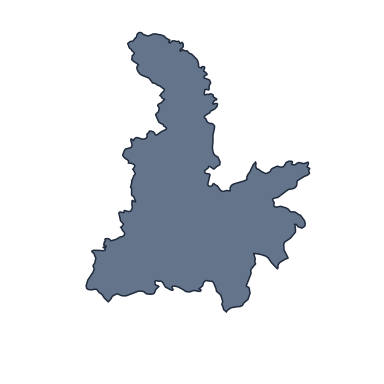 Jharkhand, Natural Earth projection, rotated 293°
{"feature_id": "IND-3256", "entity_name": "Jharkhand", "entity_type": "State", "adm_level": 1, "iso_a3": "IND", "parent_name": "India", "parent_adm1": "", "projection": "natural_earth1", "projection_center": [85.779, 23.655], "detail": "fine", "context": "isolated", "style": "filled", "palette": "slate", "viewbox_px": 384, "rotation_deg": 293, "n_neighbors": 0, "source": "natural_earth", "source_scale": "10m", "svg_char_len": 6073}
<svg xmlns="http://www.w3.org/2000/svg" viewBox="0 0 384 384"><g transform="rotate(293 192 192)"><path d="M58.2,157.9L60.0,153.0L62.6,149.0L63.2,145.7L65.1,142.4L64.8,141.1L62.5,137.4L61.7,134.5L62.1,132.8L64.2,131.2L70.2,130.5L79.4,132.2L82.5,132.1L83.6,131.7L84.8,130.1L86.0,129.7L88.4,130.2L93.6,129.3L94.5,128.5L95.2,127.3L96.8,126.3L97.9,123.3L98.5,122.9L99.8,124.0L101.6,128.3L103.5,133.8L104.8,134.8L105.7,134.3L106.4,131.9L107.1,132.3L107.4,134.1L108.3,134.3L108.8,133.4L108.8,131.4L109.1,131.2L110.4,131.2L111.7,130.8L113.0,131.4L114.0,130.5L115.1,130.5L116.2,132.5L116.3,134.7L115.5,136.1L115.6,136.7L118.6,140.5L122.6,143.5L123.8,145.3L125.6,146.5L127.6,146.2L128.8,144.9L129.4,143.1L130.8,141.7L131.7,140.1L133.1,141.1L135.7,141.5L137.5,137.5L144.0,132.9L144.9,133.0L145.6,133.7L146.1,137.0L146.7,137.3L148.1,136.9L148.6,137.1L149.3,141.6L150.5,143.0L153.5,143.3L154.7,143.0L156.7,141.7L160.5,140.2L160.9,140.3L161.0,140.9L160.6,143.3L161.0,143.8L161.5,143.6L165.1,140.0L165.2,138.2L165.8,137.5L171.7,135.0L172.3,133.6L177.8,132.7L178.8,132.0L181.6,132.3L184.1,132.0L186.1,132.7L186.7,132.6L188.4,130.7L189.5,129.5L189.7,128.6L192.2,129.2L193.6,129.2L194.3,128.6L194.7,127.8L194.7,125.2L193.8,122.2L195.7,121.5L196.5,119.9L196.7,117.8L197.3,115.9L198.7,113.9L199.6,113.7L204.5,113.6L205.6,114.1L209.3,118.7L212.1,118.4L215.5,115.6L216.8,115.1L217.2,115.8L216.4,117.8L219.2,118.5L220.2,119.3L220.8,120.6L221.3,125.9L222.5,127.8L223.5,128.7L224.7,129.0L225.7,128.9L227.6,127.9L229.8,128.9L231.5,129.1L232.0,130.4L232.3,132.7L231.9,134.0L230.4,135.9L230.7,137.3L235.3,140.0L238.9,143.1L240.2,143.9L240.8,143.7L241.5,142.3L241.6,140.3L242.9,139.0L242.9,136.5L243.4,134.1L248.8,128.4L250.0,128.4L252.5,129.7L255.6,129.3L257.1,128.4L257.7,127.0L258.7,126.5L260.3,127.2L262.1,128.9L266.6,130.5L266.7,128.1L268.1,125.8L268.2,124.8L270.8,125.3L273.8,126.6L275.5,126.5L276.0,125.9L276.1,124.4L277.1,120.9L276.9,118.7L277.6,115.4L277.0,113.1L280.0,108.0L279.9,99.6L280.5,97.4L281.8,95.3L283.8,93.2L285.7,92.4L288.3,93.0L289.5,87.0L290.0,85.3L290.7,84.6L292.7,84.3L293.8,83.7L296.8,84.8L297.7,84.3L298.5,81.5L299.6,80.4L299.8,78.9L300.5,77.6L303.6,74.8L306.3,76.2L308.0,78.8L311.5,79.6L312.8,80.3L315.4,79.9L316.8,80.1L318.0,80.9L318.8,82.5L318.8,83.5L318.0,85.4L318.4,90.7L322.4,94.6L323.3,96.9L324.4,101.8L324.7,105.1L323.5,108.0L323.1,112.3L322.3,112.4L321.3,111.8L320.8,112.0L320.5,112.6L320.9,113.9L323.3,114.7L324.3,116.8L324.5,119.0L325.5,120.7L325.5,121.3L324.2,122.5L324.0,123.2L325.8,124.2L325.1,125.8L322.8,127.1L321.3,127.0L318.9,125.7L318.1,125.5L317.1,126.1L317.6,126.9L319.3,127.8L319.2,130.3L320.0,132.6L318.6,135.2L318.8,137.2L318.6,138.3L316.1,144.3L315.4,145.5L313.7,147.0L312.2,148.1L310.2,148.9L309.7,149.5L309.8,152.1L311.0,152.1L311.4,152.4L312.0,153.7L311.9,154.7L311.3,155.2L308.0,155.3L307.3,158.2L306.7,159.5L306.2,159.9L305.5,159.8L303.5,158.0L302.3,158.1L301.8,158.5L302.0,163.9L301.8,164.5L300.0,166.4L299.4,166.6L296.5,166.2L293.0,167.7L292.4,167.3L292.0,164.8L291.3,163.8L287.0,165.0L286.4,165.9L287.9,167.8L288.2,169.2L289.4,170.2L289.9,172.0L289.4,173.7L287.9,174.4L287.3,178.3L286.4,178.6L285.2,177.0L281.7,176.4L281.2,177.1L281.4,177.6L282.8,179.2L283.2,180.2L283.0,181.1L280.9,181.6L277.9,180.8L275.4,179.1L274.1,177.7L272.0,177.4L267.7,174.4L266.0,173.9L265.2,174.7L264.7,176.3L263.0,177.9L262.3,179.3L262.0,181.0L262.8,183.5L262.5,185.3L261.4,187.1L259.3,187.8L252.4,189.1L246.3,191.7L241.4,193.2L238.6,194.7L236.8,196.0L234.9,198.1L234.2,202.3L230.5,206.2L227.9,206.9L225.3,204.9L221.9,203.4L221.6,202.9L222.4,198.8L222.1,197.4L220.3,197.4L216.8,195.4L215.4,195.8L214.6,196.9L214.6,197.8L215.4,200.9L214.8,201.9L205.6,203.4L204.2,204.4L204.1,206.2L205.2,207.8L205.5,208.1L207.3,208.0L208.3,208.8L207.7,210.6L207.5,213.0L205.3,216.5L204.6,218.1L204.5,219.7L205.0,221.1L206.9,223.2L207.9,226.6L211.1,225.4L213.5,225.7L214.6,226.4L215.7,227.3L222.9,236.0L225.0,237.6L227.3,236.6L229.8,236.6L233.0,237.4L241.0,237.7L244.3,238.8L243.6,239.6L240.5,240.6L238.6,242.5L238.9,244.6L238.1,247.0L237.7,252.1L238.0,253.1L241.1,255.9L243.9,256.1L245.4,257.0L249.1,260.4L249.5,263.8L250.5,265.8L252.2,266.7L255.9,267.1L258.1,269.0L259.1,271.3L259.2,272.3L258.7,272.9L256.7,272.7L256.5,273.6L256.8,275.3L257.5,276.2L260.1,277.9L261.0,279.1L261.8,283.8L264.7,287.0L264.6,287.6L263.6,288.0L260.0,288.3L259.8,288.8L259.7,290.9L259.4,291.3L257.5,290.9L255.0,292.9L252.6,291.7L250.0,289.1L243.8,284.7L242.3,284.7L240.1,285.5L238.2,285.8L236.1,285.1L234.1,283.2L232.5,280.4L231.6,279.5L220.5,273.1L218.3,269.9L216.8,269.1L215.7,269.8L214.4,271.8L212.5,272.2L210.8,273.2L211.0,275.4L213.5,279.4L214.1,284.7L213.9,287.1L212.5,289.8L212.4,291.0L213.7,294.1L213.8,295.1L212.9,298.9L213.0,300.9L209.6,306.7L207.3,308.5L204.7,309.2L201.8,307.4L201.6,306.7L201.5,303.2L202.8,300.8L202.8,300.0L202.3,299.2L199.6,301.1L195.6,302.9L188.0,300.7L182.0,296.8L179.7,296.9L174.7,299.3L169.2,305.8L168.5,306.2L166.6,304.0L161.3,300.3L158.5,299.7L155.8,300.8L154.8,300.7L155.1,299.3L157.9,293.0L161.1,287.9L161.8,285.0L161.5,280.6L160.8,276.9L159.5,272.9L154.9,276.5L152.3,277.0L151.0,278.4L150.2,278.6L148.4,277.8L143.9,276.6L142.0,277.0L141.3,277.7L139.9,278.2L127.1,278.6L126.4,279.4L126.4,281.2L126.0,282.1L121.5,285.0L115.0,285.5L110.3,283.1L107.2,282.7L105.4,281.1L104.0,278.3L100.7,273.2L97.2,270.9L95.0,270.4L96.3,266.8L97.9,265.8L100.1,263.4L103.3,263.0L108.0,259.0L108.7,258.0L110.2,253.3L112.1,252.1L116.6,247.7L117.5,246.1L117.6,245.3L116.4,241.5L116.3,240.1L115.6,239.1L113.4,238.0L109.6,238.4L105.7,236.3L105.4,238.5L104.6,238.7L103.8,238.3L103.2,237.1L102.1,232.1L99.5,229.4L98.6,227.8L98.0,224.9L98.7,221.9L99.2,216.3L98.6,212.9L97.8,211.2L97.2,210.7L96.4,210.9L94.6,212.8L94.0,212.6L93.6,211.1L94.1,204.7L97.2,200.5L97.8,199.1L97.8,198.2L96.8,196.0L96.2,193.2L95.2,192.8L92.5,194.2L92.2,195.2L92.4,197.6L92.0,198.4L87.8,196.7L84.5,196.9L83.0,196.1L81.9,194.3L80.6,190.5L80.5,189.4L81.5,186.2L80.1,181.8L71.0,172.3L70.1,170.8L69.1,167.8L69.1,164.1L68.8,162.5L64.9,159.4L61.3,159.0L58.2,157.9Z" fill="#64748b" stroke="#1e293b" stroke-width="1.5"/></g></svg>